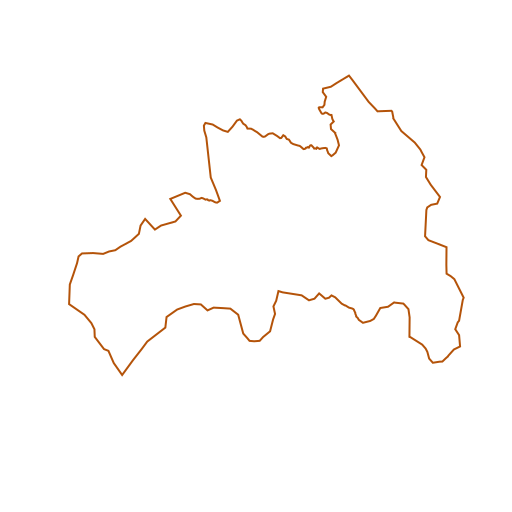 outline of Zaria, Kaduna, Nigeria, rotated 345°
{"feature_id": "59680162B50201894093674", "entity_name": "Zaria", "entity_type": "district", "adm_level": 2, "iso_a3": "NGA", "parent_name": "Nigeria", "parent_adm1": "Kaduna", "projection": "natural_earth1", "projection_center": [7.7, 11.029], "detail": "fine", "context": "isolated", "style": "outline", "palette": "amber", "viewbox_px": 512, "rotation_deg": 345, "n_neighbors": 0, "source": "geoboundaries", "source_scale": "gbopen_adm2", "svg_char_len": 3654}
<svg xmlns="http://www.w3.org/2000/svg" viewBox="0 0 512 512"><g transform="rotate(345 256 256)"><path d="M415.4,402.7L415.9,402.1L423.0,397.5L429.7,396.2L431.7,385.0L429.5,378.3L433.7,372.3L435.4,371.1L444.4,351.9L445.8,350.0L441.6,329.7L438.8,325.8L435.5,322.4L437.6,313.7L442.3,296.8L426.6,285.3L424.4,280.7L432.5,255.6L434.0,253.4L438.4,251.9L444.6,252.3L449.0,246.6L443.2,232.4L440.6,223.7L442.8,216.8L439.5,211.0L444.3,204.2L442.9,198.5L442.3,195.7L438.7,187.5L428.7,172.9L424.6,159.8L424.2,158.6L424.5,157.7L424.9,151.8L424.4,150.8L417.9,149.3L410.8,147.7L409.0,144.1L404.7,136.3L394.8,111.3L392.5,105.8L378.6,109.8L372.1,111.9L364.1,111.7L362.9,115.0L365.0,120.4L362.3,124.7L361.2,127.7L358.8,129.6L355.5,128.7L354.9,129.1L355.0,130.5L356.2,135.0L356.6,135.6L357.2,135.9L357.7,136.0L358.6,135.9L360.1,135.3L361.6,136.2L363.3,138.3L364.5,139.1L365.4,139.3L365.2,143.3L365.4,144.3L365.5,144.9L365.9,146.2L362.1,148.3L361.3,152.8L364.3,157.5L364.1,157.6L364.5,160.9L364.9,164.8L364.8,170.6L359.7,176.8L356.2,178.5L354.9,178.9L354.6,179.0L354.3,178.5L352.4,175.4L352.3,173.7L352.1,172.5L352.2,170.4L351.1,169.6L349.5,169.3L348.8,169.2L346.8,169.0L345.3,169.1L344.2,168.1L343.1,166.9L342.6,167.1L342.0,168.0L341.4,167.6L340.0,167.3L339.8,166.5L339.7,166.2L338.6,164.2L338.2,163.4L337.6,163.2L336.9,163.3L335.8,164.3L335.3,165.0L334.8,164.9L334.3,164.2L333.1,164.5L332.5,164.3L332.1,164.4L331.7,165.0L330.6,165.2L329.5,165.0L329.2,164.4L328.6,163.7L328.4,163.2L327.7,162.3L327.2,161.5L326.5,160.9L326.3,160.7L325.4,160.3L320.9,157.5L319.1,155.7L318.9,155.2L318.5,153.8L317.9,152.1L316.0,150.9L315.5,149.3L315.2,148.1L313.6,146.4L311.0,148.5L309.7,148.4L307.5,145.6L303.9,141.8L300.7,141.3L299.2,141.5L295.7,142.9L294.3,142.9L293.1,142.3L291.4,139.9L289.1,136.7L287.3,134.9L285.8,133.2L284.1,131.7L280.7,130.7L280.4,128.7L279.7,126.9L277.9,124.9L277.3,123.1L276.9,121.6L275.8,119.8L272.6,120.3L266.8,125.0L260.9,128.8L256.7,126.2L252.1,121.9L248.2,117.8L241.6,114.4L239.4,116.6L238.5,121.5L238.7,128.6L232.6,168.5L234.4,181.8L234.9,187.4L235.4,193.4L232.3,194.4L231.2,194.0L229.9,193.1L229.1,192.2L227.8,191.1L226.1,190.2L225.2,190.4L224.1,189.6L223.8,188.8L222.9,188.5L221.8,188.5L220.9,187.6L219.5,186.4L218.4,185.8L216.3,186.1L214.1,185.6L212.5,184.9L211.1,183.3L210.0,181.9L208.2,179.2L204.0,176.6L188.0,178.7L193.9,197.6L187.1,201.8L172.2,202.0L165.2,204.3L158.5,191.5L152.4,196.7L148.6,204.3L139.3,209.1L127.5,211.9L121.6,214.0L115.3,213.6L108.9,214.4L99.4,211.0L88.6,208.5L84.5,210.5L81.3,216.6L74.4,227.1L68.8,235.3L63.0,254.1L75.1,268.4L79.6,278.2L81.0,285.0L80.7,286.2L79.3,292.4L85.1,306.6L88.9,309.4L90.9,322.6L95.9,336.3L110.2,324.8L121.5,316.3L128.8,310.5L149.9,301.7L153.8,291.8L158.7,290.0L166.0,287.3L174.8,286.5L183.6,286.3L190.2,288.5L195.1,296.0L201.7,294.9L210.6,297.8L217.6,300.2L223.6,308.1L223.6,327.6L226.4,333.2L227.8,336.3L232.2,337.9L237.6,338.9L241.9,336.1L250.1,332.4L256.1,321.7L259.4,316.9L259.8,309.2L263.9,304.5L268.6,295.7L272.3,298.0L289.9,305.8L295.7,312.5L301.4,312.4L307.3,308.5L308.7,310.5L311.9,315.2L315.7,315.2L318.7,313.6L321.8,316.4L326.4,324.2L329.1,326.8L329.6,326.9L330.9,328.3L332.4,329.9L335.3,331.6L336.2,332.4L336.6,333.0L336.7,333.8L336.9,335.2L337.0,335.7L337.2,336.5L337.0,337.4L337.1,338.3L337.3,339.4L337.1,340.4L338.2,342.1L338.8,344.3L342.0,348.2L349.5,348.3L353.5,347.3L356.4,344.7L362.6,338.4L370.4,339.2L377.4,336.6L377.6,336.8L386.0,340.1L386.7,341.3L389.5,346.8L388.5,355.1L383.3,373.7L383.3,373.9L384.0,374.2L393.6,384.6L395.9,389.3L396.7,393.0L396.7,399.9L399.2,404.9L406.0,405.6L408.7,406.2L412.7,404.0L415.3,402.7L415.4,402.7Z" fill="none" stroke="#b45309" stroke-width="2"/></g></svg>